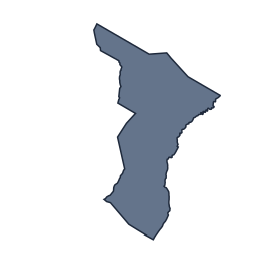 the district of Ebebiyin, Kié-Ntem, Equatorial Guinea, rotated 30°
{"feature_id": "11065452B6027875666302", "entity_name": "Ebebiyin", "entity_type": "district", "adm_level": 2, "iso_a3": "GNQ", "parent_name": "Equatorial Guinea", "parent_adm1": "Kié-Ntem", "projection": "albers", "projection_center": [11.284, 1.979], "detail": "fine", "context": "isolated", "style": "filled", "palette": "slate", "viewbox_px": 256, "rotation_deg": 30, "n_neighbors": 0, "source": "geoboundaries", "source_scale": "gbopen_adm2", "svg_char_len": 3880}
<svg xmlns="http://www.w3.org/2000/svg" viewBox="0 0 256 256"><g transform="rotate(30 128 128)"><path d="M142.9,201.8L146.3,202.4L150.1,201.4L176.8,210.9L186.8,211.2L197.0,211.4L196.3,212.4L205.8,212.2L205.8,211.6L205.8,210.9L205.7,209.7L205.8,208.2L205.8,207.3L205.8,206.4L205.9,204.9L206.0,203.4L206.1,201.9L206.2,201.3L206.3,200.1L206.5,198.9L206.8,197.5L206.8,196.8L206.9,195.7L206.8,195.1L206.5,193.8L206.5,193.6L206.6,191.8L206.7,191.6L207.0,190.1L207.0,187.8L206.8,185.9L206.6,184.0L206.5,183.1L205.4,182.3L204.9,181.6L205.0,181.0L205.0,180.6L205.0,180.3L205.6,178.7L204.7,176.8L204.6,176.5L204.1,176.2L203.2,175.5L202.3,174.3L201.0,172.7L200.6,172.0L200.2,171.3L200.1,171.1L199.3,169.3L197.9,166.8L196.9,165.5L196.3,164.4L195.2,162.9L193.7,162.0L192.1,161.1L191.6,160.9L190.9,160.6L189.6,160.8L188.8,160.6L188.3,160.4L188.4,159.6L188.5,159.0L188.2,158.4L187.9,157.8L187.5,156.7L186.7,155.6L186.1,154.5L185.9,153.4L186.1,152.3L185.4,151.1L184.9,150.1L184.1,149.2L183.5,147.5L183.2,145.8L183.1,144.4L182.5,142.9L181.5,141.4L181.2,140.7L180.2,139.3L178.9,138.1L178.0,136.7L177.6,135.4L178.3,134.7L178.4,134.2L178.0,133.1L178.8,132.3L179.0,132.2L180.1,132.2L180.3,132.0L180.6,131.7L180.8,131.2L180.7,131.0L180.5,130.9L180.4,130.8L180.3,130.6L180.0,129.5L181.1,128.2L181.3,126.1L181.3,124.3L181.2,122.7L181.2,121.3L181.1,120.2L181.0,119.3L179.9,119.4L179.5,118.0L179.5,117.1L178.7,116.6L177.6,115.5L176.8,113.9L176.1,113.1L175.5,112.1L175.5,111.3L176.2,110.5L176.4,109.8L176.6,108.4L176.0,107.6L175.6,106.9L175.6,106.4L175.9,106.3L176.2,106.6L176.4,106.6L176.5,106.5L176.7,105.4L177.0,105.0L176.4,104.1L175.6,102.8L175.8,102.0L176.8,101.2L177.2,100.4L177.5,99.2L177.6,98.0L176.9,97.3L176.8,96.1L177.3,95.3L177.6,94.8L177.8,94.6L178.5,94.1L178.6,93.9L178.2,93.2L178.1,92.9L178.2,92.7L178.3,92.5L178.4,92.4L179.4,91.7L179.9,90.7L180.1,89.8L180.1,88.6L180.1,88.1L179.9,87.2L179.8,86.3L180.7,85.3L181.0,84.4L181.4,83.3L182.3,82.5L182.5,81.0L183.5,80.3L184.1,79.6L183.4,78.4L183.5,78.2L184.0,78.0L184.4,78.7L184.9,79.1L185.1,79.1L185.6,79.0L185.9,78.9L186.0,78.4L185.9,78.1L185.2,77.9L185.2,77.7L185.5,77.4L185.6,77.2L184.9,76.4L184.8,76.2L185.6,75.5L185.8,75.5L186.2,75.9L186.5,76.0L186.8,75.9L187.0,75.8L187.1,75.6L186.7,74.2L186.6,73.8L186.6,73.5L186.7,73.4L186.8,73.3L187.2,73.3L187.3,73.3L187.7,73.8L188.0,73.8L188.2,73.7L188.3,73.3L188.2,73.0L188.1,72.8L187.6,72.3L187.4,71.2L187.5,70.8L188.1,70.7L189.1,70.9L189.9,70.7L190.4,70.4L190.7,70.1L190.8,69.9L190.7,69.4L190.4,69.1L190.3,68.9L190.4,68.7L191.2,68.4L191.7,67.9L191.9,67.6L192.0,67.2L192.0,66.8L191.8,66.4L191.4,66.3L190.8,66.4L190.7,66.3L190.2,65.6L189.7,64.3L189.0,62.9L189.0,62.6L189.1,62.2L190.3,61.8L190.5,61.7L190.6,61.4L190.5,61.2L190.2,60.6L189.6,59.6L189.5,59.1L190.3,57.6L191.0,56.4L191.3,55.3L191.6,54.7L191.6,54.2L191.5,53.7L154.3,53.6L130.1,45.9L124.0,43.6L109.4,53.5L49.0,53.4L49.0,53.5L49.3,57.1L49.4,60.2L51.5,62.7L59.1,71.1L63.8,72.3L65.0,74.0L65.5,74.7L86.4,74.3L87.1,75.2L87.2,75.3L87.3,75.3L87.5,75.4L87.5,75.5L88.2,75.6L88.7,76.1L89.1,76.8L89.3,77.1L90.3,77.6L90.5,77.7L91.6,77.8L92.2,78.5L92.5,79.9L92.6,80.7L92.7,80.8L92.7,81.0L93.1,81.6L92.9,82.3L92.8,82.5L92.9,82.8L93.6,84.2L93.6,84.3L94.1,84.9L94.6,85.7L94.9,87.3L94.9,87.5L95.6,89.0L96.1,89.8L96.7,90.6L97.0,90.8L98.3,92.9L99.5,94.2L99.6,94.3L100.5,95.1L101.1,95.5L101.1,95.8L101.2,96.4L101.1,97.3L101.0,97.8L104.4,105.5L104.5,105.6L105.4,105.8L105.8,106.7L105.8,107.9L105.8,108.0L106.3,109.8L106.6,110.9L106.8,111.5L127.2,111.6L124.3,124.7L123.5,141.1L145.6,165.1L145.4,166.1L145.4,167.4L145.7,168.7L145.9,169.6L145.8,170.6L145.6,171.6L145.3,173.1L146.1,174.9L146.0,176.2L146.3,178.2L146.4,179.9L146.4,181.2L145.7,182.5L145.1,183.7L145.1,185.2L145.5,186.9L146.0,187.9L146.2,188.2L147.0,190.1L146.8,191.2L146.5,192.9L146.2,195.1L145.1,196.4L144.0,198.4L143.8,200.4L142.9,201.8Z" fill="#64748b" stroke="#1e293b" stroke-width="1.5"/></g></svg>